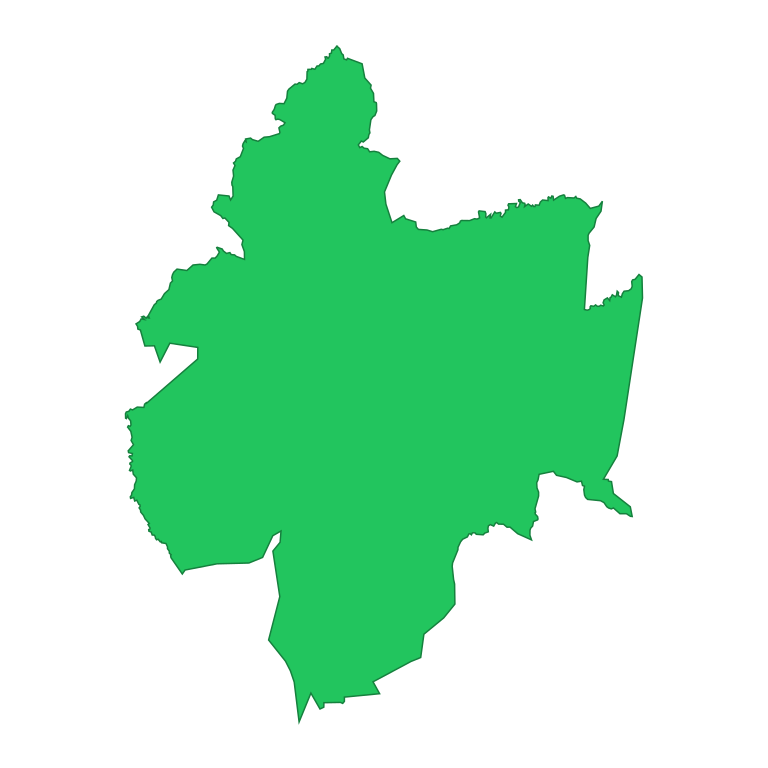 the district of Leonardo Bravo, Guerrero, Mexico
{"feature_id": "50627088B42339229292955", "entity_name": "Leonardo Bravo", "entity_type": "district", "adm_level": 2, "iso_a3": "MEX", "parent_name": "Mexico", "parent_adm1": "Guerrero", "projection": "equal_earth", "projection_center": [-99.796, 17.634], "detail": "fine", "context": "isolated", "style": "filled", "palette": "green", "viewbox_px": 768, "rotation_deg": 0, "n_neighbors": 0, "source": "geoboundaries", "source_scale": "gbopen_adm2", "svg_char_len": 6089}
<svg xmlns="http://www.w3.org/2000/svg" viewBox="0 0 768 768"><path d="M617.1,456.0L623.9,419.9L642.5,298.0L642.0,277.0L639.0,274.5L635.1,279.3L632.6,279.9L631.7,281.6L632.2,286.3L631.2,288.8L628.6,290.7L624.1,291.2L622.4,293.7L621.4,297.2L618.2,295.6L618.5,292.5L617.2,291.2L616.5,295.1L615.5,296.8L612.3,294.8L611.0,297.3L610.1,297.6L609.7,300.6L607.4,297.9L604.1,299.9L603.1,302.8L604.2,305.0L603.3,306.0L600.7,305.2L599.3,306.3L597.3,306.3L595.6,304.9L593.8,306.3L590.9,305.8L590.1,306.9L590.3,308.5L589.1,309.6L587.2,310.2L584.4,309.5L587.8,257.5L589.7,245.4L588.1,240.7L588.1,235.4L589.0,233.3L594.1,227.0L596.1,218.5L601.0,211.2L602.4,201.2L598.8,206.1L590.3,208.4L585.7,203.1L580.2,198.9L576.7,198.2L575.8,196.5L574.0,198.0L567.4,197.6L565.5,198.4L564.5,195.2L563.5,194.9L559.5,196.2L553.6,200.1L553.1,196.3L551.8,196.0L550.8,198.2L548.5,196.9L548.0,197.6L548.1,200.6L542.6,200.0L540.3,202.1L539.1,205.2L535.4,204.9L535.0,206.5L533.7,206.5L532.6,205.1L531.5,206.3L528.2,204.0L524.6,206.6L525.1,204.5L524.7,203.3L522.4,202.8L520.2,199.6L518.6,199.8L518.7,201.2L520.3,202.6L518.5,207.0L516.9,207.6L515.4,206.7L516.5,203.5L508.6,203.8L508.0,205.2L508.9,207.0L508.4,209.8L505.5,210.1L505.5,212.4L502.0,217.2L500.3,216.0L501.0,213.4L500.4,212.4L496.3,213.2L494.8,211.9L491.0,218.0L490.0,217.9L490.6,214.3L486.4,217.8L485.7,217.0L485.9,213.7L485.1,211.6L479.1,210.9L478.5,211.9L479.6,217.9L477.1,219.1L474.5,218.7L469.6,220.6L461.6,220.5L460.4,221.1L459.7,222.9L456.7,224.8L450.6,225.9L449.1,228.5L447.6,228.2L443.1,229.7L441.2,229.3L432.6,231.7L427.0,230.0L418.4,229.4L416.3,227.0L415.7,222.0L405.6,218.8L403.8,215.5L392.0,222.7L385.9,204.1L384.5,191.9L391.5,175.0L397.1,164.7L399.8,161.2L397.3,158.4L389.9,158.8L382.7,155.4L378.7,152.3L374.1,151.3L369.6,151.8L367.6,148.7L364.1,148.2L362.1,146.5L359.8,147.6L358.3,144.9L361.3,141.1L363.3,142.0L368.3,137.8L368.9,134.5L369.9,132.9L369.4,129.8L370.9,119.7L373.0,116.7L374.9,115.5L376.7,111.0L376.5,103.7L376.2,102.6L373.9,101.7L373.5,93.4L370.5,88.2L371.1,85.1L364.8,78.0L362.1,63.8L347.5,58.3L346.6,59.9L343.9,58.9L343.2,54.9L341.7,53.6L339.7,48.6L336.8,46.1L336.1,46.3L336.7,46.3L333.7,50.0L331.8,50.0L331.4,53.1L329.5,53.8L329.6,56.0L328.4,58.1L327.5,58.1L326.8,56.7L325.0,57.0L325.6,59.2L323.4,63.4L320.5,64.0L318.9,65.9L317.0,66.0L314.8,69.3L311.8,68.4L311.3,69.3L307.9,69.4L307.9,71.0L307.1,71.7L306.9,79.1L304.9,82.5L302.6,83.8L299.2,82.6L297.1,84.3L295.0,84.1L288.9,89.1L287.5,91.2L286.8,98.2L284.0,103.7L279.3,103.4L276.1,104.5L275.4,105.6L274.2,109.4L272.3,112.3L272.4,113.4L275.1,115.3L275.3,118.9L275.9,119.7L277.8,119.1L279.9,119.6L285.0,122.7L283.5,125.1L280.6,126.2L278.9,127.9L279.9,132.4L279.4,133.6L269.5,136.7L264.1,137.2L258.2,141.3L252.4,139.6L250.6,138.1L245.6,139.0L246.1,141.7L244.9,140.7L243.1,143.7L242.5,146.1L243.5,148.4L240.3,156.7L236.3,158.9L235.5,161.3L233.5,163.0L235.0,165.5L233.0,170.1L233.6,176.1L231.8,182.2L232.0,185.1L232.8,186.6L233.1,196.1L230.6,200.0L229.0,196.0L218.4,194.9L216.7,200.2L213.6,201.9L213.2,205.1L211.6,207.2L214.0,211.8L220.7,215.6L222.9,218.5L224.9,218.0L229.0,222.4L228.6,225.6L232.5,228.4L243.0,240.1L241.9,244.6L244.4,251.6L244.5,259.4L236.3,256.4L234.6,254.9L231.2,254.6L229.9,252.6L226.5,253.4L223.4,251.0L222.2,249.0L217.2,247.3L216.7,247.6L217.0,248.4L219.4,252.1L217.2,255.9L215.1,258.1L211.9,258.1L207.0,264.0L205.1,265.0L199.9,264.3L193.0,265.0L186.9,270.5L177.0,269.1L173.8,272.1L172.5,274.7L171.8,277.5L172.5,281.0L170.4,283.1L168.9,289.6L164.5,293.6L161.2,299.1L158.1,300.3L156.7,301.5L156.3,303.1L154.3,304.7L148.3,315.6L149.3,318.0L148.3,318.0L147.3,316.7L146.2,318.2L143.8,316.2L141.7,316.9L144.4,319.5L141.2,318.9L139.7,321.5L136.0,323.9L137.5,326.2L137.9,329.1L140.4,330.0L144.9,346.0L154.4,345.8L160.1,362.1L169.8,343.2L197.8,347.4L197.7,359.0L146.6,403.2L146.3,402.7L144.6,404.2L143.9,407.4L137.2,407.1L132.6,409.9L130.4,409.1L128.8,411.3L126.3,412.0L125.5,413.7L125.6,418.2L126.4,418.6L127.7,415.6L128.5,418.2L130.6,420.8L131.0,424.9L130.2,426.3L128.4,425.7L127.6,427.1L130.8,431.3L132.1,437.3L131.1,440.5L133.5,444.7L128.2,450.8L128.6,452.6L132.4,453.5L132.0,455.9L129.7,455.8L129.0,456.8L132.4,460.5L132.5,461.5L130.0,463.0L129.8,464.0L131.1,465.3L131.1,466.5L129.5,470.4L130.4,471.0L132.7,470.0L133.3,474.2L136.5,477.8L136.2,481.1L134.6,484.7L134.4,488.9L131.9,492.5L131.5,495.2L130.3,496.8L130.6,498.4L133.7,497.4L134.7,501.0L136.8,500.2L138.9,504.4L139.9,504.8L140.2,506.3L139.1,507.9L140.5,509.9L140.7,512.0L143.5,515.4L145.1,518.9L149.3,523.5L148.0,524.5L150.1,528.1L149.8,529.2L148.7,529.5L148.9,531.2L151.2,532.1L152.2,535.0L154.1,535.1L155.2,536.4L155.5,538.3L156.6,539.8L158.1,539.2L160.3,541.9L161.3,541.5L161.7,542.8L166.0,543.5L167.5,546.8L167.5,548.7L169.2,551.0L169.4,553.3L171.1,554.7L170.6,555.7L171.0,557.7L182.3,574.0L185.1,570.0L217.0,563.8L248.9,563.0L262.6,557.4L272.8,535.7L281.0,531.0L280.1,542.3L272.9,551.1L279.8,596.6L268.6,640.0L285.5,661.2L290.4,670.8L294.2,682.0L299.1,721.9L310.9,693.1L320.0,709.0L323.8,707.2L323.9,702.7L340.4,702.4L342.7,703.4L344.4,701.4L344.4,697.1L379.6,693.7L373.0,681.8L410.9,661.5L420.7,657.5L423.9,634.2L443.7,617.9L454.9,604.1L454.6,584.0L453.6,579.6L452.2,566.3L452.6,562.9L457.9,549.8L458.0,547.3L460.6,541.8L462.7,539.2L467.4,536.9L468.8,534.0L470.1,533.7L471.4,534.8L472.4,532.8L474.9,532.8L476.3,534.3L483.2,534.8L484.8,533.1L488.3,531.8L487.9,528.3L488.4,525.8L490.3,524.6L493.7,526.1L495.4,523.2L496.7,522.5L498.5,524.1L503.5,524.2L507.0,527.2L510.0,527.1L517.7,533.7L531.5,539.9L529.9,535.2L530.0,530.1L530.8,528.0L532.6,526.1L533.5,521.5L537.6,519.9L538.0,519.0L537.6,516.6L535.4,514.2L535.0,512.7L535.7,512.1L535.0,508.8L538.6,496.0L538.6,492.1L537.0,488.0L536.7,482.7L538.0,479.9L539.1,474.3L553.4,471.3L556.5,475.3L566.5,477.5L577.0,481.9L581.5,481.2L582.5,485.5L584.5,486.2L583.8,489.6L584.5,495.1L585.6,497.5L587.6,499.4L600.5,500.7L604.0,502.6L606.8,506.7L608.6,508.0L611.3,508.9L613.5,508.0L619.9,513.7L626.4,513.7L630.4,516.3L632.2,516.5L630.3,506.8L613.4,493.5L611.5,481.6L608.5,481.1L608.2,479.5L603.4,479.3L617.1,456.0Z" fill="#22c55e" stroke="#15803d" stroke-width="1.5"/></svg>